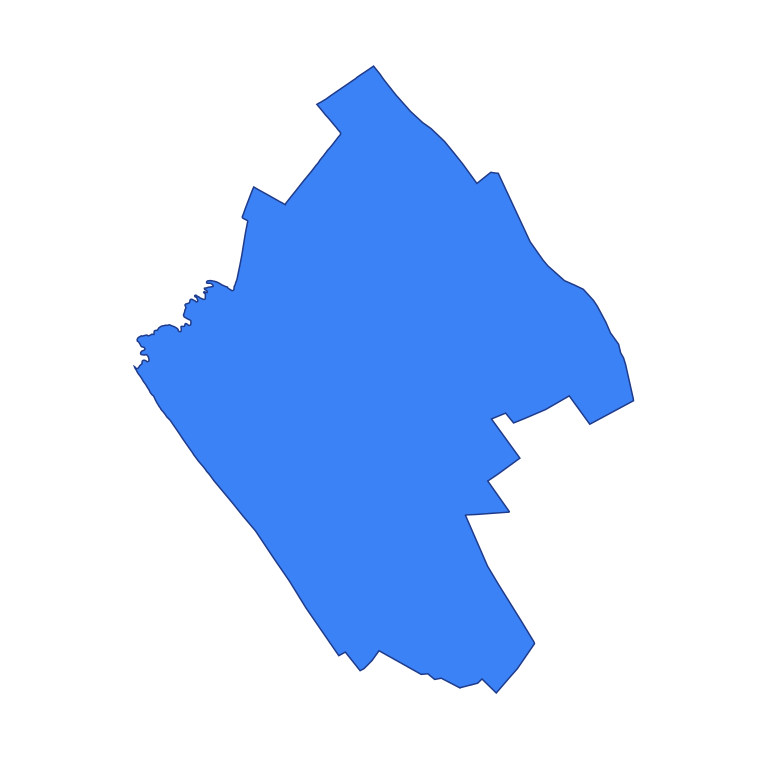 Draganesti De Vede, Teleorman, Romania, rotated 265°
{"feature_id": "2599482B68753922423647", "entity_name": "Draganesti De Vede", "entity_type": "district", "adm_level": 2, "iso_a3": "ROU", "parent_name": "Romania", "parent_adm1": "Teleorman", "projection": "albers", "projection_center": [25.058, 44.14], "detail": "fine", "context": "isolated", "style": "filled", "palette": "blue", "viewbox_px": 768, "rotation_deg": 265, "n_neighbors": 0, "source": "geoboundaries", "source_scale": "gbopen_adm2", "svg_char_len": 6148}
<svg xmlns="http://www.w3.org/2000/svg" viewBox="0 0 768 768"><g transform="rotate(265 384 384)"><path d="M668.4,341.5L662.9,345.3L661.2,346.5L660.5,346.9L656.8,349.4L654.3,351.4L651.9,353.1L645.5,357.5L644.1,358.6L640.7,360.7L640.0,361.3L639.2,361.9L638.2,362.4L637.7,362.6L637.3,362.7L636.8,362.5L636.2,362.2L635.5,361.6L634.1,360.1L631.5,357.7L626.6,353.2L625.1,351.7L623.5,350.1L621.6,348.0L620.3,346.9L618.0,344.8L616.1,343.1L614.2,341.2L612.6,339.7L610.3,337.9L609.2,336.9L607.7,335.3L601.8,329.9L593.5,321.7L584.0,312.8L578.7,307.7L572.4,301.8L571.7,301.4L571.3,301.3L575.2,295.4L580.5,287.7L588.9,275.3L591.6,271.4L588.9,269.9L571.9,261.6L566.0,258.9L563.6,257.7L562.9,257.4L562.5,257.4L562.0,257.5L561.5,257.8L559.1,261.6L558.5,262.3L558.1,262.4L557.6,262.4L556.8,262.1L554.5,261.4L545.7,258.9L524.8,253.6L515.6,251.0L501.6,246.8L500.3,246.3L498.8,245.6L498.2,245.2L495.9,244.4L494.1,243.2L492.7,243.0L492.0,242.9L491.0,242.5L490.5,242.1L490.3,241.7L490.2,241.1L490.3,240.5L490.6,240.1L491.4,239.3L491.7,238.7L492.3,237.8L493.1,237.0L493.9,236.6L494.3,236.3L494.5,235.8L494.8,234.9L495.6,233.4L496.3,232.3L496.8,231.2L497.2,230.6L497.5,230.4L498.5,229.0L499.8,227.0L500.8,224.9L502.1,220.6L502.2,219.1L502.1,217.8L502.0,217.1L501.7,216.6L501.3,216.3L500.9,216.1L500.5,216.1L500.2,216.2L499.9,216.4L499.7,217.2L499.5,219.3L499.3,220.2L498.4,221.4L497.2,222.3L496.4,222.4L496.1,222.2L495.8,219.7L495.7,217.8L495.6,216.9L495.3,216.2L495.1,214.3L495.2,213.8L495.0,213.4L494.6,213.4L494.2,213.5L493.9,213.7L492.6,215.3L492.2,215.7L491.8,216.0L491.4,216.1L490.8,216.0L490.5,215.6L490.5,215.3L490.7,214.7L491.7,213.1L491.5,212.7L491.2,212.4L490.3,212.7L489.9,213.2L489.4,213.7L488.9,213.9L488.2,213.8L487.5,213.7L486.2,213.6L485.5,213.5L484.8,213.5L484.4,213.3L484.2,213.0L484.0,212.5L484.0,211.8L484.1,211.4L484.6,210.6L485.2,209.3L485.7,208.4L486.2,207.8L486.7,207.4L488.0,205.3L488.6,204.8L488.9,204.2L488.9,203.7L488.6,203.2L488.3,203.1L487.6,203.2L487.3,203.5L486.7,204.6L486.3,205.0L485.8,205.1L485.0,205.4L483.8,205.6L482.9,205.7L482.5,205.5L482.2,204.7L482.1,204.1L482.3,203.8L482.7,203.5L483.3,203.0L483.9,201.9L484.8,200.6L485.1,200.0L485.2,199.3L485.2,198.9L484.8,198.4L484.3,198.0L483.2,197.8L482.8,197.7L482.2,197.3L481.9,197.0L481.6,196.6L481.4,195.9L481.1,194.5L481.0,193.5L480.5,193.0L480.2,192.7L479.8,192.6L478.0,193.2L477.4,193.3L476.8,193.2L475.9,192.6L475.2,192.2L473.2,191.6L472.4,191.3L471.8,191.0L471.3,190.8L471.0,190.5L470.7,190.4L470.4,190.3L469.9,190.3L469.0,190.5L468.5,190.7L468.1,191.0L466.3,193.5L465.5,194.7L464.6,196.4L464.3,196.7L463.7,197.0L463.2,197.1L462.6,197.1L462.0,197.0L460.7,196.8L460.2,196.7L459.9,196.6L459.7,196.3L459.4,195.7L459.3,195.2L459.3,194.7L459.7,194.2L460.5,193.4L461.1,192.7L461.4,192.2L461.5,191.8L461.5,191.5L461.2,191.2L460.7,190.9L459.6,190.6L459.1,190.3L458.9,190.0L458.8,189.6L459.1,187.3L458.9,186.9L458.6,186.7L456.6,186.8L455.4,186.7L454.7,186.5L454.2,186.3L453.9,185.8L453.9,185.3L454.3,184.4L454.9,183.7L455.3,183.6L455.9,183.7L456.3,183.6L457.0,183.1L457.7,182.4L459.3,180.2L460.2,178.2L461.6,175.7L461.6,175.0L461.6,174.5L461.3,173.7L461.3,173.0L461.6,172.0L461.5,170.9L461.3,170.0L461.2,169.1L461.1,167.7L460.5,166.3L459.9,165.2L459.4,164.5L457.4,163.0L457.3,162.6L457.3,161.1L457.2,160.5L456.9,160.0L456.5,159.7L455.9,159.5L454.1,159.3L453.7,159.2L453.4,158.9L453.4,158.6L453.5,158.3L453.7,157.9L453.8,157.2L453.7,156.6L453.2,155.9L452.7,154.4L452.5,153.6L452.6,153.0L453.3,152.3L453.4,151.1L453.2,149.9L452.8,147.8L452.8,147.4L453.0,147.0L453.1,146.6L453.1,146.3L452.5,145.1L451.9,143.6L451.1,142.7L450.1,142.1L449.4,141.9L448.8,141.9L448.3,142.0L448.0,142.3L447.6,142.9L447.1,143.3L444.8,144.5L443.4,145.0L442.4,145.6L442.1,146.0L441.9,146.8L441.5,147.9L440.9,148.5L440.2,148.9L439.6,148.9L439.0,148.4L438.6,148.0L438.0,145.9L437.7,145.4L437.2,144.9L436.6,144.4L435.9,144.2L435.4,144.2L435.0,144.3L434.7,144.5L434.4,144.9L433.8,147.5L433.7,148.1L433.8,148.6L434.0,149.1L434.1,149.5L433.9,149.9L433.7,150.2L432.0,151.4L431.3,151.6L429.9,151.9L428.7,152.0L428.1,152.0L427.7,151.8L427.2,151.4L427.0,151.0L426.8,150.6L426.9,149.9L427.2,149.5L427.7,149.1L428.0,148.6L428.3,148.1L428.6,147.4L428.6,146.8L428.6,146.2L428.3,145.7L428.0,145.3L427.6,145.1L427.1,144.9L425.6,144.7L425.1,144.5L424.7,143.9L424.1,143.0L423.3,142.1L422.3,141.4L421.4,140.7L421.1,140.1L421.0,139.5L421.0,139.0L421.2,138.5L421.5,138.1L421.9,137.8L422.6,137.4L423.0,136.9L421.1,137.5L419.8,138.3L419.0,138.6L417.0,139.4L415.5,140.2L413.6,141.4L411.9,142.4L409.8,143.5L408.0,144.3L406.6,145.1L404.0,146.7L401.8,147.7L398.8,149.3L397.6,149.8L396.6,150.1L395.1,150.9L394.1,151.5L393.1,152.4L392.3,153.2L391.8,153.5L390.6,154.0L388.2,154.8L386.8,155.4L385.1,156.1L383.1,157.2L382.0,157.6L379.8,158.9L378.9,159.4L378.2,159.6L375.5,161.6L373.3,163.0L372.4,163.6L370.8,164.4L369.2,165.4L369.0,165.7L368.8,166.2L368.5,166.3L367.9,166.6L366.7,167.7L352.0,176.0L347.1,178.6L336.7,184.6L333.2,186.7L331.3,187.7L329.8,188.4L328.5,189.3L323.7,192.2L321.0,194.1L317.1,196.9L314.8,198.4L312.0,200.0L311.3,200.6L308.9,202.3L302.7,206.0L278.2,223.0L264.3,232.3L248.8,243.2L237.7,249.3L219.4,259.3L196.3,272.4L167.6,286.8L117.3,315.3L120.3,322.1L100.5,335.2L102.2,339.3L109.6,348.0L118.7,355.8L91.5,395.7L91.5,402.4L85.3,408.7L85.9,415.4L74.6,433.2L74.8,433.3L77.8,451.3L81.6,455.9L66.4,468.9L81.2,484.1L88.7,492.0L112.2,511.3L114.0,510.9L135.7,500.2L173.9,480.8L193.5,471.3L246.1,453.7L246.4,455.0L246.0,463.9L245.5,497.4L246.0,497.7L278.3,478.9L284.6,490.2L298.3,512.9L339.8,488.0L344.4,502.6L333.9,509.7L337.2,520.6L344.5,542.8L356.0,567.5L326.0,585.5L345.6,631.1L347.9,631.0L382.1,626.4L389.2,624.9L394.3,622.5L403.1,621.2L415.3,614.0L426.0,610.5L443.1,603.2L449.1,599.9L461.0,590.8L466.0,582.3L471.2,572.8L487.3,557.6L493.6,553.2L512.9,542.0L583.9,516.2L584.9,511.3L585.6,508.9L575.7,494.0L596.7,481.4L607.8,474.0L620.4,465.4L634.4,453.1L640.9,445.4L653.2,434.2L671.0,421.0L686.5,410.8L689.7,408.9L692.9,407.1L701.6,401.3L698.4,395.7L693.5,386.7L691.7,383.6L690.9,382.7L689.6,380.3L679.8,362.9L675.6,355.5L673.0,351.2L670.6,346.3L669.2,343.1L668.4,341.5Z" fill="#3b82f6" stroke="#1e3a8a" stroke-width="1.5"/></g></svg>